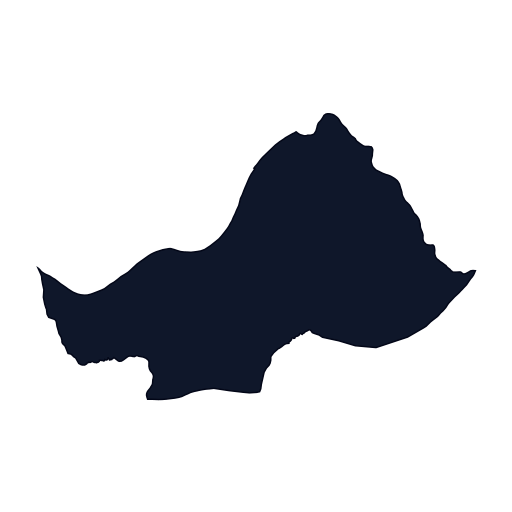 outline of Huoixai, Bokeo, Laos, rotated 177°
{"feature_id": "54806243B92190499984155", "entity_name": "Huoixai", "entity_type": "district", "adm_level": 2, "iso_a3": "LAO", "parent_name": "Laos", "parent_adm1": "Bokeo", "projection": "orthographic", "projection_center": [100.641, 20.359], "detail": "fine", "context": "isolated", "style": "filled", "palette": "ink", "viewbox_px": 512, "rotation_deg": 177, "n_neighbors": 0, "source": "geoboundaries", "source_scale": "gbopen_adm2", "svg_char_len": 6049}
<svg xmlns="http://www.w3.org/2000/svg" viewBox="0 0 512 512"><g transform="rotate(177 256 256)"><path d="M371.7,118.6L367.3,118.4L360.9,117.8L356.9,117.7L353.0,117.8L344.4,118.4L340.6,118.9L337.5,119.6L333.4,121.3L331.6,121.9L328.5,123.2L324.6,124.1L321.9,124.5L320.4,124.8L317.0,125.3L313.2,125.7L309.6,125.8L305.1,126.1L289.9,123.0L275.8,120.6L269.6,119.7L262.4,119.8L259.5,120.3L258.2,123.1L257.4,127.5L254.0,139.5L251.5,143.5L248.7,146.2L247.5,148.3L246.7,151.2L246.5,154.7L243.5,158.4L238.7,162.3L237.5,162.7L235.0,164.2L234.0,165.0L232.1,166.3L230.5,166.9L229.5,167.0L227.7,167.1L227.6,168.0L227.3,168.5L226.2,169.2L225.1,170.4L224.9,170.9L224.4,172.0L223.8,172.4L223.2,172.3L222.8,171.8L222.1,171.8L221.6,171.9L221.4,172.4L221.0,173.2L219.5,173.8L218.5,173.8L218.1,174.3L217.3,174.6L216.9,175.0L216.6,175.9L216.3,176.3L215.7,176.3L215.0,175.9L214.7,175.7L214.4,175.5L214.0,175.3L213.4,176.0L212.0,176.6L211.0,177.6L210.7,177.8L209.8,178.2L209.1,178.4L208.5,178.7L207.4,179.3L207.1,179.6L205.8,179.3L205.0,178.6L204.3,177.4L203.7,176.5L202.4,175.9L201.5,175.5L199.2,174.6L197.1,173.8L193.9,171.4L177.7,167.0L161.5,161.2L140.9,158.3L108.9,167.1L92.6,175.4L89.8,177.0L85.3,181.0L82.5,183.0L78.4,185.8L77.1,186.9L74.8,189.4L72.2,191.5L69.2,194.6L67.3,197.3L66.2,198.7L64.7,200.2L62.8,202.0L59.9,204.8L57.1,207.1L55.2,208.7L53.5,210.4L51.8,211.9L50.2,213.5L47.3,216.2L43.0,221.9L41.1,223.9L39.9,225.5L39.2,226.7L37.7,229.8L38.4,229.9L38.6,229.9L39.7,230.1L40.8,230.1L42.5,229.9L44.1,229.0L45.7,228.2L47.6,227.4L48.6,227.2L49.6,227.2L50.1,227.3L50.8,227.8L52.3,229.2L53.1,229.4L54.1,229.4L57.6,229.4L59.9,229.6L60.6,229.7L60.9,230.1L61.3,230.7L61.7,230.9L62.0,231.0L62.3,231.5L62.8,232.3L64.8,234.0L65.7,234.9L66.3,235.5L66.8,236.5L67.3,236.9L68.0,237.3L68.7,238.0L70.4,239.4L72.7,241.1L73.9,242.4L75.0,243.2L76.1,244.5L76.8,245.9L77.1,247.2L77.5,248.7L77.4,250.6L77.2,251.9L77.2,253.4L77.4,255.4L77.6,256.4L78.1,257.1L78.6,257.7L79.5,257.8L81.2,257.7L83.7,258.1L84.9,258.5L85.6,258.9L86.1,259.4L87.2,260.7L87.7,261.3L88.2,262.9L88.4,264.3L88.3,266.1L88.1,268.0L88.4,269.7L88.9,271.5L89.6,273.5L90.2,275.5L90.4,277.3L90.4,279.5L91.0,282.7L91.5,284.4L92.8,286.8L94.3,288.8L95.4,289.8L96.4,291.2L96.8,292.4L97.9,294.7L99.3,297.7L100.1,298.9L101.2,300.1L102.0,301.1L103.0,302.0L103.9,303.1L104.8,304.5L105.4,306.0L106.0,307.2L106.6,308.9L106.9,310.3L107.0,312.0L107.6,314.8L107.9,315.7L109.0,320.3L110.1,322.4L111.1,323.9L113.5,326.1L116.6,328.2L118.2,329.1L120.1,329.9L121.9,330.5L125.3,332.0L128.6,333.9L130.3,334.8L131.9,335.8L133.1,337.2L134.4,338.7L135.2,340.3L136.1,344.0L135.9,346.0L135.3,347.8L134.6,350.1L134.4,352.2L133.8,355.9L134.3,357.8L135.2,359.0L135.6,359.0L137.6,359.5L141.4,359.7L143.1,360.4L146.2,362.7L148.6,364.8L149.1,365.1L150.1,366.4L150.7,367.9L152.3,369.4L154.4,370.9L155.5,372.4L156.5,373.8L157.7,375.8L158.9,378.2L159.9,379.5L161.8,381.4L163.3,383.0L164.1,384.3L164.8,385.5L165.7,387.4L166.8,389.1L168.1,390.5L170.6,392.6L172.2,393.4L174.7,394.1L176.9,394.3L178.7,394.1L180.7,392.9L181.9,391.0L183.6,388.6L184.3,387.8L186.1,386.1L186.9,385.2L188.0,382.7L188.4,381.1L189.1,379.1L189.5,377.9L190.2,376.8L191.1,375.6L191.7,374.8L192.8,374.3L193.6,374.2L194.3,373.8L195.4,373.8L197.2,373.9L198.1,373.9L198.8,373.7L199.2,373.5L200.7,373.5L201.6,373.5L203.3,374.1L205.6,374.9L206.3,375.3L207.3,376.1L208.1,376.6L209.0,377.6L209.5,377.9L211.2,376.9L212.9,376.3L215.9,374.8L218.3,373.6L220.3,372.6L222.4,371.2L226.3,368.9L230.8,365.8L237.2,360.3L244.1,354.3L245.4,353.0L247.3,350.9L249.4,348.3L250.8,346.7L251.9,345.7L253.5,343.8L252.6,343.2L254.0,341.2L256.4,338.1L258.6,334.4L260.2,331.2L261.7,328.1L263.4,324.7L264.7,321.9L266.6,317.6L268.5,314.2L269.2,311.7L270.6,307.2L272.9,302.9L274.7,299.1L276.5,295.9L278.3,292.1L279.8,290.0L281.7,286.8L283.3,284.7L286.2,281.3L289.4,277.7L292.1,275.0L295.2,272.7L301.0,268.6L306.8,265.2L310.7,264.0L313.8,263.6L317.1,263.3L320.8,263.1L324.5,263.5L327.9,263.8L331.2,264.4L335.1,265.8L337.3,266.7L340.6,267.8L342.5,267.9L346.7,267.4L348.8,267.1L352.2,266.2L355.3,265.4L358.3,264.3L360.8,263.2L363.5,261.7L373.1,255.6L375.5,254.0L377.2,252.5L380.0,250.2L382.8,247.8L384.6,246.4L387.4,244.8L391.8,242.5L394.9,240.2L399.1,237.3L402.9,235.4L408.9,231.3L412.1,230.0L419.9,227.4L422.9,226.5L426.6,225.8L429.6,225.9L433.0,226.4L436.1,227.3L439.7,229.0L441.0,229.7L445.5,232.9L447.4,234.5L450.0,236.5L452.8,238.6L455.0,240.6L458.1,243.3L460.5,244.8L462.4,246.3L463.9,247.2L466.8,248.6L468.3,249.5L470.1,250.8L471.4,252.0L472.6,253.6L473.9,255.0L474.3,255.3L471.8,249.0L471.2,247.0L471.1,243.7L470.6,239.5L469.6,233.4L470.5,225.9L469.5,219.1L468.5,215.1L468.0,213.9L467.7,208.9L466.2,205.6L460.3,203.2L459.2,201.8L458.8,200.2L458.4,196.3L457.2,191.1L456.8,188.9L455.2,185.9L454.7,184.7L454.2,181.8L454.3,180.2L453.8,178.8L453.0,177.8L451.6,176.4L450.9,174.7L449.4,170.3L448.8,168.5L446.1,167.8L444.5,166.4L443.5,165.1L441.4,163.6L438.6,158.0L436.7,156.8L435.4,156.3L433.1,156.1L432.3,156.3L431.7,156.8L430.9,157.0L430.4,157.8L429.7,158.1L429.1,158.3L428.7,158.8L427.6,158.4L426.6,158.5L425.9,159.0L425.3,159.2L424.5,159.0L423.3,158.3L422.2,158.0L421.5,158.1L420.6,157.7L420.1,158.2L419.1,158.2L418.6,158.6L418.0,159.1L417.8,159.5L417.8,160.0L416.6,160.0L415.7,159.8L415.2,159.6L414.5,159.7L414.0,159.6L413.8,159.2L413.4,159.2L412.8,159.4L412.4,160.5L411.9,160.1L411.3,160.4L410.9,160.0L410.3,160.0L410.0,160.4L409.2,160.9L409.1,161.3L409.1,161.9L408.8,161.9L408.6,161.1L408.3,160.8L407.2,160.5L407.2,160.1L407.3,159.9L405.4,160.2L405.2,160.6L404.9,161.0L404.2,161.1L403.5,161.8L403.2,162.0L402.7,161.6L399.0,158.4L398.0,158.0L395.9,158.1L394.0,159.1L389.2,162.3L387.9,162.7L385.9,162.6L384.2,162.1L382.5,161.9L381.0,162.7L379.9,162.8L378.3,162.0L376.8,161.7L373.9,161.0L371.1,159.6L368.9,157.5L368.4,156.0L368.7,151.4L368.3,148.9L367.5,146.9L365.8,144.7L364.9,142.8L364.7,141.1L365.0,139.4L365.5,137.9L366.0,134.0L366.5,132.7L367.7,131.0L368.7,129.4L369.3,128.8L371.0,126.9L371.8,125.7L372.4,124.2L372.6,122.8L372.3,120.8L371.7,118.6Z" fill="#0f172a" stroke="#020617" stroke-width="1.5"/></g></svg>